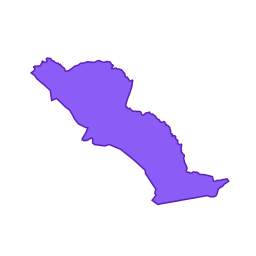 San Francisco Cajonos, Oaxaca, Mexico, rotated 219°
{"feature_id": "50627088B63866819787675", "entity_name": "San Francisco Cajonos", "entity_type": "district", "adm_level": 2, "iso_a3": "MEX", "parent_name": "Mexico", "parent_adm1": "Oaxaca", "projection": "robinson", "projection_center": [-96.262, 17.18], "detail": "fine", "context": "isolated", "style": "filled", "palette": "violet", "viewbox_px": 256, "rotation_deg": 219, "n_neighbors": 0, "source": "geoboundaries", "source_scale": "gbopen_adm2", "svg_char_len": 5354}
<svg xmlns="http://www.w3.org/2000/svg" viewBox="0 0 256 256"><g transform="rotate(219 128 128)"><path d="M169.1,100.0L161.5,101.7L159.2,102.9L158.6,100.2L157.9,98.5L157.9,98.4L156.7,90.5L155.9,89.9L155.6,90.2L154.6,90.3L154.3,90.4L153.7,91.1L153.2,91.5L152.5,92.1L152.2,92.4L152.1,92.6L152.0,93.0L151.7,93.3L151.3,94.2L151.2,94.4L151.3,95.2L151.1,95.4L150.5,96.2L150.1,97.2L149.9,97.2L149.6,97.4L149.3,97.4L148.9,97.4L148.1,96.6L146.0,94.0L145.4,94.3L143.7,94.0L134.6,99.6L132.4,103.3L120.3,106.8L103.0,106.9L88.2,106.0L85.6,103.6L68.0,98.0L65.9,94.0L63.9,93.4L63.8,87.0L56.9,87.3L27.9,120.7L24.0,125.3L23.2,125.5L22.1,125.9L20.7,126.4L19.6,127.2L18.9,127.9L17.7,128.9L17.0,130.9L17.6,133.3L18.4,135.0L19.4,137.8L18.7,140.3L17.8,142.3L17.8,145.3L17.2,146.9L16.3,150.0L18.8,150.9L19.8,149.9L21.0,148.3L22.1,147.4L23.3,145.4L24.6,144.3L25.7,143.5L26.0,142.8L26.3,142.3L26.7,141.6L27.2,141.1L27.9,140.7L28.3,140.5L29.1,141.3L29.6,141.7L30.5,142.3L31.3,143.0L31.7,143.3L31.8,143.3L33.3,142.6L33.9,142.5L34.2,142.2L34.7,142.0L36.7,141.0L38.6,140.1L39.8,139.4L41.5,138.3L42.8,137.3L43.7,136.9L44.5,137.2L44.9,137.4L45.9,137.0L46.6,137.0L47.9,136.0L48.4,135.5L49.0,135.3L49.4,135.2L49.8,134.3L50.0,133.6L50.2,133.1L50.5,132.7L51.0,132.3L51.3,132.1L51.7,132.1L52.2,132.2L52.7,131.9L53.2,131.5L53.6,131.2L54.1,131.0L54.7,130.9L55.3,131.1L55.7,131.2L56.1,131.6L56.3,132.1L56.2,132.4L56.3,133.1L56.4,133.3L56.8,133.8L57.2,134.3L57.7,134.5L58.3,134.9L58.9,135.3L59.5,135.5L59.9,135.6L60.4,135.9L61.1,136.2L61.6,136.4L62.0,136.5L62.3,136.9L62.7,137.3L63.3,137.6L64.3,138.4L64.8,138.8L65.5,139.2L65.9,139.8L66.3,140.8L66.7,141.7L67.1,142.2L67.6,142.4L68.0,142.2L68.7,142.3L69.3,142.6L70.1,142.8L70.8,142.7L71.2,142.7L71.9,143.1L72.1,143.5L72.0,143.9L72.3,144.3L73.0,144.7L73.9,145.4L74.4,146.4L74.8,147.3L75.6,148.5L75.9,148.9L76.3,149.0L77.1,148.0L77.7,147.6L78.3,147.3L78.8,147.1L79.2,147.3L80.2,147.8L80.5,148.1L81.0,149.1L81.5,149.7L81.8,149.8L82.4,149.4L83.0,149.5L84.2,149.8L84.8,150.3L85.2,150.6L85.4,151.1L85.7,151.4L86.7,151.3L87.7,150.9L88.0,150.4L88.1,149.9L88.3,149.5L88.6,149.5L89.2,150.5L89.7,151.1L90.0,151.0L91.2,150.5L91.5,150.6L92.0,151.3L93.0,152.5L93.6,153.0L94.2,153.2L94.9,153.7L95.5,154.5L96.2,154.8L97.1,154.8L98.0,155.0L99.2,154.8L99.9,154.2L100.4,154.9L101.0,154.5L101.6,154.6L102.0,154.8L102.5,155.5L103.9,155.7L104.3,155.4L104.6,154.7L104.9,154.1L105.7,153.4L107.0,153.2L107.4,153.3L108.0,153.7L109.0,154.0L109.8,153.7L110.5,153.5L111.7,153.6L112.5,153.8L113.1,154.0L114.0,154.5L116.7,154.2L117.1,154.4L117.7,154.3L118.3,153.4L119.4,153.3L120.1,153.4L120.6,153.6L121.1,153.9L121.5,153.7L122.2,152.2L122.9,151.6L123.8,150.5L123.7,149.3L124.0,148.3L124.3,147.3L125.3,147.0L128.3,148.5L128.8,148.3L129.4,148.1L129.6,148.0L130.1,147.7L130.4,147.5L130.9,147.2L131.3,146.6L132.0,146.1L132.7,145.8L133.2,145.5L133.6,145.1L134.0,144.7L134.4,144.4L134.8,144.0L135.0,144.0L136.3,144.1L136.6,144.0L136.9,144.1L137.7,144.1L138.4,144.2L138.9,144.2L139.0,144.4L139.2,144.1L139.4,143.8L139.6,143.6L140.0,143.3L140.3,143.2L141.1,143.2L141.5,143.1L141.9,143.2L142.2,143.6L142.4,143.7L142.7,143.7L143.1,143.5L143.5,143.5L143.8,143.7L144.4,144.6L146.9,150.7L148.5,156.0L151.1,162.6L153.8,167.0L154.0,167.7L154.4,167.8L154.8,167.9L155.1,167.3L155.2,166.8L155.4,166.4L156.0,165.7L156.3,165.5L156.5,165.5L156.7,165.9L157.6,166.1L158.3,166.1L158.7,166.3L158.9,166.6L159.7,166.6L160.2,166.9L160.5,167.0L160.8,166.9L160.9,166.7L161.8,166.4L162.0,166.3L162.3,166.5L162.6,166.6L162.9,166.6L163.1,166.7L163.5,167.0L163.7,167.3L163.9,167.5L164.2,167.7L164.4,167.6L164.6,167.7L164.9,167.9L165.2,168.4L165.5,168.3L166.1,168.3L166.5,168.3L166.9,168.6L167.3,168.7L167.9,168.8L169.9,169.0L172.7,167.8L173.1,167.0L174.7,167.2L175.5,166.5L176.0,166.2L176.3,165.5L177.2,164.3L178.0,163.9L178.0,164.6L178.9,165.3L178.6,167.0L179.2,167.4L181.6,167.1L182.1,167.7L184.2,167.9L185.2,166.9L186.1,166.6L188.2,163.7L189.1,163.3L189.5,163.2L190.2,162.8L190.7,162.7L191.2,162.6L192.0,162.5L193.4,161.8L194.3,160.4L195.4,157.8L200.7,154.3L202.4,152.2L203.5,150.3L205.5,148.8L206.2,145.5L208.2,142.8L210.1,135.1L211.6,133.6L212.3,132.8L215.4,134.4L217.3,134.0L220.7,134.8L220.9,134.1L221.4,134.0L223.0,134.4L224.0,133.5L226.6,133.0L227.8,133.4L228.1,133.1L228.3,132.9L228.6,132.8L228.9,132.8L229.2,132.7L229.8,132.7L230.2,132.7L230.8,133.0L231.0,133.1L231.6,133.3L231.9,133.3L232.1,133.2L233.6,132.2L233.8,132.0L234.1,132.0L234.5,131.7L234.9,131.2L235.0,130.9L235.0,130.6L234.7,130.1L234.3,129.6L233.9,129.4L233.7,129.2L233.5,129.4L233.3,129.4L233.2,129.3L233.1,128.9L233.1,128.5L233.1,127.7L233.2,127.2L233.3,127.0L233.6,126.8L234.0,126.7L234.9,126.4L235.3,126.5L236.5,126.2L236.6,125.8L236.2,125.3L235.9,125.1L236.0,124.9L235.9,124.0L235.9,123.6L235.9,123.3L235.7,123.0L235.5,122.6L235.4,122.1L235.4,121.7L235.6,121.2L235.7,120.9L235.9,120.5L236.3,120.3L236.6,119.9L236.8,119.5L237.0,119.3L238.9,117.8L239.4,117.4L239.6,117.0L239.7,116.6L239.7,116.3L239.7,115.9L239.4,115.8L239.0,115.9L238.3,115.8L238.0,115.6L237.7,115.4L237.4,115.1L237.1,114.6L237.0,114.0L237.1,113.3L237.3,112.1L237.5,111.6L237.7,111.2L238.0,109.9L233.2,110.0L229.8,108.9L219.0,108.7L216.3,108.5L212.0,108.3L204.6,101.3L202.6,105.1L202.1,106.0L197.3,105.7L190.1,105.0L186.9,105.1L186.4,105.1L185.4,105.1L185.0,105.3L179.2,103.2L175.4,101.4L169.1,100.0Z" fill="#8b5cf6" stroke="#5b21b6" stroke-width="1.5"/></g></svg>